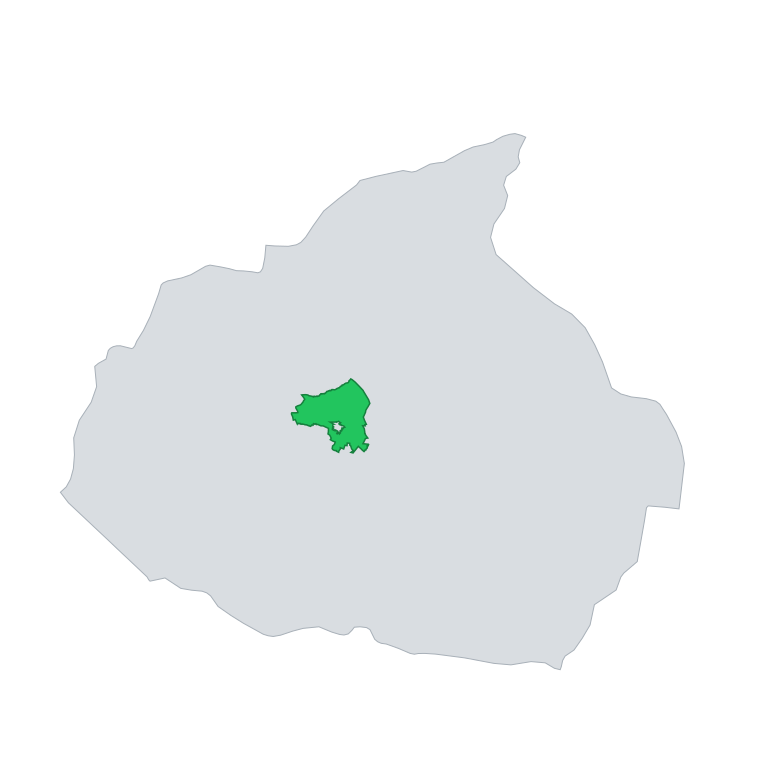 Gweru, Midlands, Zimbabwe (highlighted), rotated 97°
{"feature_id": "62879985B38074336306054", "entity_name": "Gweru", "entity_type": "district", "adm_level": 2, "iso_a3": "ZWE", "parent_name": "Zimbabwe", "parent_adm1": "Midlands", "projection": "equal_earth", "projection_center": [29.6, -19.532], "detail": "fine", "context": "in_parent", "style": "filled", "palette": "green", "viewbox_px": 768, "rotation_deg": 97, "n_neighbors": 0, "source": "geoboundaries", "source_scale": "gbopen_adm2", "svg_char_len": 7401}
<svg xmlns="http://www.w3.org/2000/svg" viewBox="0 0 768 768"><g transform="rotate(97 384 384)"><path d="M530.9,692.0L524.8,686.8L516.5,683.5L505.9,682.0L492.2,682.6L475.3,685.4L457.1,682.0L437.8,672.4L421.7,668.9L402.5,673.1L401.7,673.2L398.3,670.0L393.1,662.9L384.3,661.7L381.9,660.0L380.0,657.4L378.7,654.0L378.2,650.3L379.6,638.7L378.8,637.4L376.5,636.0L371.6,634.6L360.1,629.3L345.6,624.3L321.9,618.7L312.8,617.2L310.6,615.5L308.0,611.2L303.4,597.8L299.1,589.0L288.9,575.4L287.2,571.2L287.7,560.4L288.4,551.6L289.5,544.2L288.9,537.2L288.7,528.6L289.0,522.8L287.7,520.3L284.0,518.5L273.4,517.7L260.7,518.1L260.3,509.3L259.0,495.7L256.5,487.9L253.6,483.8L247.7,479.6L235.8,473.7L219.6,464.9L205.8,451.8L189.8,435.5L184.9,432.6L178.9,417.3L169.8,391.1L170.3,382.3L168.9,378.0L160.2,365.1L158.2,358.4L156.6,351.6L142.7,332.7L137.9,324.4L134.3,313.8L130.6,305.3L127.6,301.9L123.6,296.1L120.8,289.5L119.5,284.5L120.5,277.9L121.8,273.4L135.0,278.1L142.2,278.5L147.8,276.2L154.7,279.3L163.1,287.9L172.1,289.5L181.9,284.2L195.1,285.8L211.8,294.4L225.5,296.1L241.9,288.5L256.4,267.4L270.1,247.6L283.6,224.7L291.7,206.2L303.6,191.2L319.4,179.6L335.5,169.8L360.1,157.7L360.1,157.8L365.0,147.8L366.7,137.0L366.6,121.9L367.9,112.2L370.5,107.7L374.6,104.3L379.9,99.8L396.1,88.3L409.8,81.0L426.3,76.2L444.5,76.1L462.0,76.0L472.0,76.0L472.1,90.5L472.8,106.9L474.8,108.4L487.9,108.8L509.1,109.9L529.4,111.0L542.4,122.9L546.7,125.4L560.2,128.5L577.4,148.3L598.1,150.1L612.3,156.3L624.9,163.0L632.0,171.1L636.7,173.0L643.0,173.6L646.1,174.3L645.4,180.2L641.1,190.0L641.6,204.2L647.3,223.8L647.9,240.8L646.0,270.8L645.8,299.9L646.4,310.2L647.3,317.1L648.5,320.9L648.2,325.2L644.7,337.3L641.8,350.1L641.7,355.2L640.6,358.9L638.5,362.1L629.5,368.0L627.9,371.6L627.9,378.2L629.0,383.8L632.4,385.8L636.4,389.0L638.0,393.1L638.0,397.5L636.6,405.6L632.9,419.0L636.4,434.5L640.4,444.5L645.9,456.0L648.1,463.2L648.0,468.3L647.1,473.3L638.6,494.4L632.5,507.5L625.1,521.5L615.4,530.3L612.9,534.5L611.8,539.3L612.1,549.9L611.6,560.8L603.2,577.7L608.2,592.2L607.1,593.6L604.3,595.7L592.3,612.0L580.2,628.5L571.3,640.5L561.3,654.2L550.0,669.6L540.4,682.7L530.9,692.0Z" fill="#d9dde1" stroke="#a8b0b8" stroke-width="1"/><path d="M392.5,427.4L393.1,427.7L393.2,427.9L393.3,428.2L393.3,428.5L393.5,429.0L394.0,429.4L394.1,429.7L394.2,430.0L394.3,430.3L394.6,430.4L394.8,430.5L395.2,431.3L395.3,431.5L395.8,432.1L395.8,432.7L395.7,433.3L395.9,433.9L395.8,434.3L395.9,435.1L396.1,435.3L396.6,435.4L396.9,435.8L397.0,435.8L397.2,436.0L396.8,436.6L396.8,436.8L397.2,437.3L397.7,437.8L397.7,438.0L397.6,438.4L398.0,438.6L398.3,439.1L398.2,439.5L398.3,439.8L398.5,439.9L399.1,440.3L399.3,440.4L399.4,440.5L399.6,440.6L399.8,440.7L400.1,441.0L400.4,441.1L401.0,442.0L400.8,442.2L401.0,442.3L401.0,442.5L401.1,442.8L401.1,443.0L401.0,443.3L401.2,443.5L401.3,443.8L401.2,443.9L401.3,444.3L401.2,444.5L401.3,444.9L401.3,445.2L401.4,445.5L401.5,445.5L401.8,445.3L402.0,445.5L402.2,446.0L402.4,446.3L403.0,446.5L403.2,446.8L403.4,446.8L403.5,446.8L403.6,447.0L403.9,447.2L404.0,447.3L404.0,447.5L404.1,448.0L404.2,448.5L404.4,448.7L404.2,448.8L404.1,449.0L404.4,449.4L404.4,449.7L404.4,449.8L404.7,450.2L404.8,450.4L404.8,450.9L404.9,451.2L404.8,451.3L404.6,451.7L404.6,451.8L404.7,452.1L404.9,452.2L405.0,452.0L405.1,451.9L405.3,452.2L405.5,452.5L405.4,452.7L405.1,453.0L405.0,453.3L405.1,453.5L405.1,453.9L405.0,454.0L404.9,454.8L404.8,456.6L404.8,457.1L404.2,458.1L404.1,460.3L404.6,463.3L404.9,464.4L407.0,462.3L408.8,460.8L410.9,462.0L411.9,462.2L412.8,462.9L413.6,463.3L414.9,464.3L416.3,467.2L417.4,468.7L417.9,468.7L418.7,468.5L421.1,466.7L421.8,466.3L422.9,466.0L423.4,468.2L423.8,471.8L423.9,472.1L424.2,472.2L425.0,472.2L425.4,472.0L427.8,470.6L430.9,469.6L430.1,467.7L433.5,465.7L434.3,465.2L434.0,465.1L433.8,465.2L434.0,464.6L433.6,464.5L433.5,464.4L433.5,464.2L433.5,462.8L433.5,462.7L433.7,462.8L433.8,462.6L433.7,462.6L433.4,462.4L433.7,461.9L433.8,461.2L434.0,460.8L434.0,460.7L433.8,460.4L433.9,460.1L433.8,459.9L433.6,459.7L433.8,459.0L433.8,458.3L434.1,457.6L434.1,457.3L434.1,457.0L434.0,456.8L434.0,456.6L434.1,456.0L434.1,455.9L433.9,456.0L433.9,455.8L434.0,455.4L434.2,455.2L434.3,454.8L434.4,454.7L434.4,454.3L434.5,454.2L434.6,453.5L434.5,453.3L434.6,453.2L434.8,453.1L434.8,452.9L434.7,452.6L434.9,452.2L435.0,452.0L435.0,451.9L434.8,451.8L434.5,451.5L434.4,451.3L434.3,450.9L434.2,450.7L433.9,450.8L433.7,450.6L433.4,450.5L433.5,450.2L433.4,449.9L433.3,449.7L433.4,449.4L433.1,449.4L432.9,449.3L432.5,449.3L432.3,449.3L432.1,449.3L431.9,449.2L432.0,448.9L432.0,448.6L432.0,448.4L432.3,448.2L432.3,447.8L432.2,447.7L432.2,447.4L431.9,447.3L431.7,446.9L431.6,446.7L431.8,446.4L432.5,446.1L432.2,444.8L432.3,444.2L432.5,443.9L433.2,441.6L433.0,439.2L434.0,436.3L434.1,435.7L434.4,435.0L434.5,434.6L434.8,433.7L438.2,433.4L440.4,433.5L441.4,431.6L444.2,429.8L445.8,430.5L446.9,427.9L447.5,425.3L450.0,425.9L450.5,426.3L450.8,426.6L451.8,427.5L453.0,427.5L454.4,427.6L455.3,426.9L455.5,426.3L456.0,425.2L455.9,423.2L456.5,423.1L457.3,420.7L456.3,420.7L456.1,420.6L455.0,420.1L453.4,419.2L453.2,419.5L452.5,419.6L453.4,416.1L449.6,415.3L449.7,413.2L447.1,413.3L447.0,410.8L447.4,410.7L448.9,410.5L449.5,409.5L452.4,408.2L453.8,406.4L455.9,408.5L456.2,406.3L455.0,405.6L453.3,404.5L449.0,401.9L449.9,400.7L450.9,399.2L452.2,397.6L453.5,395.6L452.6,395.0L452.4,394.8L452.2,394.8L451.8,394.8L451.6,394.4L451.6,393.9L451.0,393.8L450.8,393.8L450.6,393.6L450.3,393.5L450.2,393.3L449.8,393.1L449.7,392.9L449.4,392.8L449.2,392.9L448.8,392.9L448.5,393.0L448.3,392.8L448.1,392.6L447.9,392.6L447.9,393.0L447.7,393.1L447.7,392.9L447.2,392.9L447.0,392.7L446.9,392.8L446.7,392.7L446.6,392.4L446.7,392.1L446.2,392.0L445.9,391.9L445.7,392.1L445.8,397.6L444.7,397.2L443.9,396.9L442.9,396.6L442.5,396.4L440.4,395.8L439.6,393.5L437.1,395.9L435.1,396.9L435.2,397.1L433.8,397.3L430.8,398.1L428.0,400.1L427.8,397.6L426.7,398.1L426.2,396.6L422.5,398.9L419.3,400.5L417.9,400.0L414.2,398.9L413.7,398.9L412.4,398.9L411.5,398.5L411.0,398.3L410.7,398.2L408.6,397.2L405.0,395.7L401.5,397.4L393.7,403.5L392.9,404.0L389.4,408.2L385.7,412.8L385.3,413.4L383.5,416.3L383.0,417.6L383.6,417.9L383.9,418.1L384.3,418.4L384.8,418.9L385.0,419.1L385.3,419.0L385.5,419.0L385.8,419.1L386.2,419.4L386.5,419.4L386.9,419.6L387.3,420.2L387.4,420.4L387.4,420.8L387.6,421.2L387.7,421.8L387.9,422.1L388.7,423.2L389.1,423.4L389.3,423.7L389.5,423.9L389.9,424.4L390.0,425.2L390.1,425.4L390.3,425.6L390.5,425.6L390.8,425.5L391.0,425.6L391.1,425.9L391.3,426.2L391.5,426.5L391.6,426.9L391.7,427.0L391.9,427.2L392.2,427.3L392.5,427.4ZM431.7,417.6L432.2,418.7L433.2,419.2L432.8,420.0L433.1,419.9L433.2,420.1L433.5,419.8L433.8,420.2L434.1,419.9L434.6,420.5L435.4,420.2L435.6,420.6L435.4,420.9L435.5,421.0L435.4,421.3L436.0,421.9L436.6,421.1L437.0,421.3L438.0,421.8L438.2,421.5L439.1,422.2L437.8,422.9L439.2,424.4L438.6,424.9L437.8,424.1L437.3,424.1L436.8,424.3L436.8,424.0L436.5,424.1L436.2,424.9L436.3,426.7L435.6,426.4L435.5,427.0L435.9,427.3L435.6,427.9L436.0,428.5L435.7,428.8L435.5,429.7L434.5,429.7L434.4,429.1L434.2,428.9L433.8,429.7L433.3,429.7L432.7,428.8L432.0,429.8L430.1,429.8L430.0,429.1L428.4,432.8L427.7,427.5L427.3,426.9L427.7,426.6L426.5,424.4L427.4,423.2L427.7,422.4L428.1,422.8L427.9,423.2L428.7,423.8L429.4,423.1L429.6,423.3L429.8,422.9L429.3,422.3L429.7,421.5L430.1,421.6L430.6,418.8L431.7,417.6Z" fill="#22c55e" stroke="#15803d" stroke-width="1.5"/></g></svg>